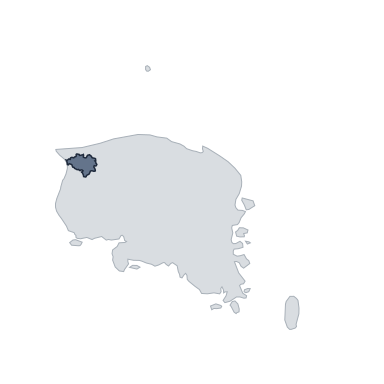 Inje-gun, Gangwon, South Korea (highlighted), rotated 289°
{"feature_id": "91817680B61474779558203", "entity_name": "Inje-gun", "entity_type": "district", "adm_level": 2, "iso_a3": "KOR", "parent_name": "South Korea", "parent_adm1": "Gangwon", "projection": "mercator", "projection_center": [128.258, 38.093], "detail": "fine", "context": "in_parent", "style": "filled", "palette": "slate", "viewbox_px": 384, "rotation_deg": 289, "n_neighbors": 0, "source": "geoboundaries", "source_scale": "gbopen_adm2", "svg_char_len": 4718}
<svg xmlns="http://www.w3.org/2000/svg" viewBox="0 0 384 384"><g transform="rotate(289 192 192)"><path d="M113.8,95.0L115.1,94.0L115.2,92.5L115.2,87.7L118.9,84.4L124.2,77.5L126.8,73.7L129.8,70.2L133.2,67.9L136.6,66.7L141.9,66.3L152.1,66.7L154.1,66.3L161.1,65.9L162.8,66.6L167.9,67.0L173.6,66.5L176.5,65.5L179.1,63.8L181.5,60.6L183.8,54.8L186.4,50.3L187.9,49.4L198.3,73.7L208.2,89.3L216.7,100.6L228.8,122.2L232.3,133.7L232.7,140.9L234.7,150.6L233.0,156.2L233.5,165.0L232.7,169.5L231.2,172.8L231.2,179.2L231.7,182.6L231.7,187.1L232.6,188.9L234.0,189.5L236.2,187.9L238.9,187.2L238.4,192.6L235.2,206.3L232.4,216.2L228.5,224.8L223.6,232.7L217.8,235.7L213.7,236.9L205.8,237.2L199.3,235.9L193.7,236.9L191.5,238.5L189.8,241.3L191.0,245.7L190.9,248.9L188.5,248.6L183.7,246.8L178.4,246.5L176.0,245.6L173.5,241.0L171.0,241.2L166.6,243.9L159.8,244.5L157.4,246.0L156.6,247.9L157.6,250.3L161.0,253.4L159.8,256.6L156.3,258.2L153.5,254.3L151.7,250.4L149.7,250.2L146.6,251.3L146.0,255.5L147.4,258.3L149.8,261.6L146.5,265.3L145.6,268.0L143.2,269.9L136.8,265.6L137.7,262.6L140.5,259.7L140.8,256.6L139.9,254.8L130.7,262.5L125.0,271.2L122.0,270.6L120.7,268.3L119.0,267.4L112.8,273.0L111.7,277.4L109.4,277.6L108.5,275.7L108.4,271.7L107.3,268.3L101.0,263.4L98.1,259.1L99.6,256.7L104.9,258.0L109.1,257.8L108.3,255.7L106.9,254.8L109.7,253.6L112.1,251.2L110.1,250.6L107.2,252.0L104.7,251.3L103.8,245.6L100.8,239.8L99.2,234.1L102.2,230.8L103.7,225.8L106.4,218.4L107.8,216.0L111.6,214.3L113.0,212.4L110.9,211.4L107.5,210.5L107.6,208.4L109.9,207.2L112.4,204.9L117.4,202.0L118.9,196.6L117.5,195.2L114.4,193.9L115.1,191.2L116.3,189.1L115.9,187.8L112.2,184.3L109.8,181.1L110.5,177.4L110.0,171.9L110.3,167.2L110.2,164.6L108.4,158.9L107.6,153.2L105.3,154.0L103.4,155.4L96.6,153.4L94.5,153.3L93.7,149.0L96.1,143.8L101.8,139.1L105.1,138.5L107.6,136.5L111.4,135.8L116.1,139.0L120.2,139.6L122.5,145.1L123.9,146.2L124.2,144.2L127.6,141.9L128.4,140.1L127.7,139.1L123.8,138.2L120.3,131.4L119.9,128.4L118.6,126.6L120.5,121.1L116.5,114.9L114.5,113.0L114.8,107.4L112.7,103.8L111.5,101.9L110.8,98.5L111.4,97.0L113.2,96.4L113.8,95.0ZM100.7,333.5L98.8,334.6L97.0,333.9L96.6,333.4L94.4,330.5L93.9,329.0L95.3,326.1L101.2,321.4L116.4,316.9L119.2,316.7L125.2,318.6L126.5,322.2L125.4,325.4L124.0,327.5L117.0,331.0L111.6,332.7L100.7,333.5ZM203.5,252.6L199.5,255.8L194.1,251.5L192.8,249.1L196.9,245.6L200.4,241.7L202.7,241.4L203.5,252.6ZM174.8,252.2L174.3,257.3L171.3,257.5L169.5,254.3L167.6,255.9L166.6,255.9L165.1,251.8L164.8,248.6L168.4,246.2L170.5,247.7L173.6,248.4L174.8,252.2ZM96.8,274.7L94.0,275.5L92.5,273.7L91.4,273.3L92.1,270.9L96.5,266.3L97.4,264.8L101.5,265.7L103.0,268.1L101.1,271.8L96.8,274.7ZM109.0,97.4L108.8,104.5L106.4,104.2L104.8,103.5L104.2,102.1L102.5,95.5L104.3,92.8L107.8,95.0L109.0,97.4ZM94.1,256.1L93.6,257.3L91.7,257.0L89.8,253.4L89.0,250.6L87.1,249.0L90.2,246.6L94.0,251.0L94.1,256.1ZM104.6,163.8L104.0,167.3L101.2,165.0L100.4,157.5L103.3,159.7L104.6,163.8ZM296.1,111.3L294.1,112.9L291.9,111.3L291.6,109.6L292.8,108.2L295.6,107.3L296.9,108.6L296.1,111.3ZM118.9,276.1L119.6,278.5L116.2,278.1L114.3,275.7L114.6,273.7L116.6,273.4L118.9,276.1ZM163.4,262.1L162.9,263.7L160.8,261.3L162.9,258.6L163.4,262.1Z" fill="#d9dde1" stroke="#a8b0b8" stroke-width="1"/><path d="M190.8,73.1L190.5,70.8L190.2,70.4L189.5,70.3L188.9,70.6L188.4,70.8L187.6,70.6L187.1,69.8L186.4,69.3L185.8,69.1L185.8,68.8L185.7,67.5L185.4,66.7L184.7,66.1L184.1,65.9L183.5,66.3L183.1,66.2L183.0,64.6L182.2,64.2L181.6,63.9L181.2,63.1L181.2,62.7L180.2,63.7L179.7,64.0L179.2,64.4L178.7,64.6L178.4,64.8L178.0,65.0L177.6,65.1L177.3,65.3L177.4,65.7L177.5,66.0L177.5,66.3L178.0,66.4L178.8,66.7L178.8,68.0L178.8,69.1L178.5,69.7L177.5,70.4L176.7,71.1L176.8,72.1L176.8,72.6L176.2,73.1L176.0,73.8L176.0,74.7L175.8,75.2L175.7,76.1L176.0,76.8L176.4,77.4L176.3,77.7L175.7,78.6L176.0,79.2L176.8,80.0L176.9,80.6L177.0,81.1L176.5,82.1L175.5,81.7L174.9,81.0L174.6,81.4L174.6,81.9L174.2,82.5L173.8,82.7L173.4,83.1L173.1,83.4L172.8,83.7L171.3,84.5L171.5,86.4L172.0,86.9L173.2,86.9L174.2,87.6L174.5,88.0L174.9,88.4L175.3,88.8L176.3,89.0L177.3,89.1L178.6,89.1L179.1,89.6L179.5,90.4L179.6,91.8L179.6,92.4L180.2,93.5L180.5,93.7L181.6,93.2L182.1,92.8L183.0,92.0L183.3,91.3L184.2,90.9L185.1,91.0L185.1,91.8L185.1,92.0L185.5,92.8L187.0,93.1L187.6,92.5L188.0,91.7L189.2,91.2L189.8,90.0L190.5,90.7L192.5,89.7L192.3,89.7L192.1,88.7L191.9,86.9L191.9,86.3L192.3,85.9L193.0,85.3L193.2,84.9L193.3,84.2L193.5,83.7L193.9,83.1L193.5,82.5L193.3,82.1L192.9,81.5L192.5,81.2L191.5,81.1L190.0,80.8L189.7,80.4L189.5,79.9L189.5,79.1L189.5,78.3L189.7,77.8L190.2,77.7L191.6,77.5L192.1,77.0L191.9,76.9L191.7,76.7L191.5,76.4L191.1,75.8L190.0,74.0L190.1,73.6L190.8,73.1Z" fill="#64748b" stroke="#1e293b" stroke-width="1.5"/></g></svg>